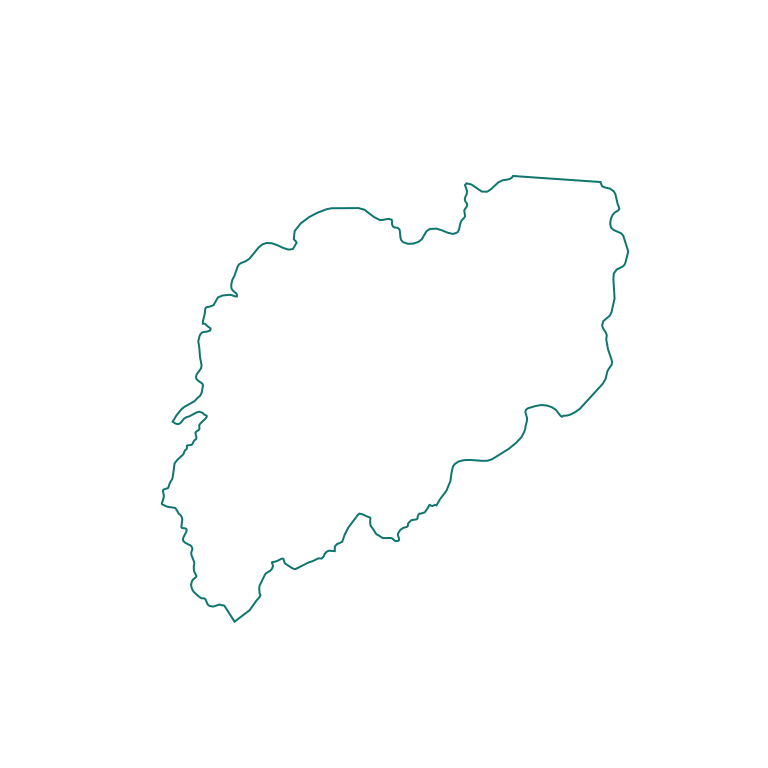 SVG path tracing the border of Northern Areas, rotated 298°
{"feature_id": "PAK-1111", "entity_name": "Northern Areas", "entity_type": "Centrally Administered Area", "adm_level": 1, "iso_a3": "PAK", "parent_name": "Pakistan", "parent_adm1": "", "projection": "albers", "projection_center": [74.17, 35.776], "detail": "fine", "context": "isolated", "style": "outline", "palette": "teal", "viewbox_px": 768, "rotation_deg": 298, "n_neighbors": 0, "source": "natural_earth", "source_scale": "10m", "svg_char_len": 6166}
<svg xmlns="http://www.w3.org/2000/svg" viewBox="0 0 768 768"><g transform="rotate(298 384 384)"><path d="M527.3,278.8L528.7,284.9L526.7,297.0L526.8,303.0L527.8,305.2L530.9,309.1L532.2,311.1L532.6,313.7L531.0,315.0L528.8,316.1L527.2,318.1L527.1,319.7L528.2,322.4L528.1,324.1L527.5,325.3L526.6,326.1L520.6,330.1L519.1,331.7L518.2,334.2L519.0,339.3L521.8,344.1L525.7,347.7L529.5,349.4L539.0,349.8L542.5,351.8L545.7,357.2L546.9,363.0L547.5,369.3L548.9,374.6L552.4,377.7L555.3,377.8L561.1,376.1L564.0,375.7L566.5,376.1L568.4,376.8L570.3,376.8L574.8,373.4L576.9,373.4L579.1,373.8L581.5,373.3L582.3,372.4L583.7,369.7L584.9,368.7L586.2,368.3L587.6,368.0L590.3,367.9L593.2,366.9L597.7,362.1L599.9,362.7L601.2,367.6L599.8,380.0L602.3,384.9L606.5,387.1L615.5,390.2L619.6,393.1L622.6,397.2L624.2,398.9L626.4,400.1L628.2,400.2L664.0,480.4L663.2,480.9L660.9,484.1L661.5,487.8L662.6,491.9L661.9,496.7L660.1,499.3L652.8,505.6L650.5,508.3L649.0,509.6L647.1,509.3L643.7,507.2L640.3,506.4L635.9,506.9L631.6,508.5L628.7,511.0L627.8,514.5L628.4,522.6L627.3,525.6L616.3,536.8L614.7,537.7L604.0,540.3L601.8,540.3L599.8,539.6L594.3,535.7L589.5,535.0L584.8,537.0L567.8,547.4L554.6,551.1L550.4,551.3L542.5,548.1L538.1,549.1L536.2,551.0L533.7,555.4L532.0,557.5L531.2,558.0L527.8,559.2L519.8,565.5L512.7,573.1L510.2,575.3L507.8,575.9L502.6,575.3L499.9,575.3L492.7,577.2L487.2,577.1L454.2,568.6L449.0,566.1L444.0,562.5L442.0,560.3L440.2,557.4L438.6,556.4L438.8,554.8L441.9,547.6L442.3,542.7L441.4,537.7L439.3,532.8L436.2,528.7L430.4,522.7L427.9,521.4L425.5,522.0L421.2,526.2L418.7,527.5L413.9,528.6L411.0,529.7L407.2,530.3L401.4,530.3L393.7,528.1L385.3,524.6L368.1,514.6L364.7,511.2L362.1,506.4L357.2,495.3L354.1,490.1L350.6,486.2L346.6,484.1L343.5,483.6L337.0,485.4L329.5,488.2L319.4,489.2L307.9,487.5L301.5,487.3L301.4,486.4L301.3,486.1L300.8,485.5L299.1,484.0L298.7,483.2L298.6,482.6L298.9,481.4L298.6,481.1L298.2,480.8L295.9,480.9L290.6,480.4L289.9,480.1L289.2,479.7L286.8,477.3L286.5,476.8L286.4,476.4L285.9,476.0L285.1,475.8L283.1,475.9L282.1,476.2L281.2,476.7L280.3,476.5L279.7,476.2L276.7,472.2L273.5,471.0L272.1,470.8L269.9,471.6L269.2,471.6L268.6,471.3L266.2,468.7L263.9,467.4L262.5,466.9L261.4,466.7L258.4,466.6L258.0,466.7L257.1,467.2L254.6,469.8L254.1,470.2L253.3,470.5L252.9,470.5L252.3,470.2L251.6,469.5L250.8,468.1L250.7,467.3L250.8,466.8L251.1,466.0L251.4,463.6L251.4,463.0L251.2,462.2L247.6,455.7L247.4,455.2L247.4,454.1L247.9,449.9L247.7,448.5L247.8,448.0L248.3,446.7L251.1,441.9L252.4,438.9L254.3,437.4L257.4,435.7L258.6,435.2L259.1,434.9L259.5,434.5L259.5,434.1L259.2,432.4L258.8,426.1L258.7,425.6L258.0,423.1L256.3,422.4L240.4,419.9L232.6,420.0L225.1,421.2L220.3,417.5L217.4,416.9L213.3,419.0L211.8,415.6L211.2,414.0L210.0,412.8L209.0,412.2L208.0,411.8L206.6,411.5L205.9,411.4L203.5,411.7L201.2,411.1L200.8,410.9L200.4,410.6L199.8,408.9L199.5,408.3L198.7,407.5L194.0,404.1L191.1,401.2L179.8,393.3L179.0,392.5L178.6,391.8L178.4,391.0L178.3,388.8L179.1,381.0L179.2,380.5L179.6,380.1L181.9,377.8L182.3,377.2L182.3,376.7L182.1,376.2L181.7,375.6L178.1,373.1L176.7,371.9L175.0,370.0L174.5,369.1L174.3,368.9L173.9,368.8L173.3,369.2L172.3,370.5L171.3,371.3L170.7,371.6L169.9,371.7L168.6,371.8L167.3,371.7L165.4,371.0L164.5,370.5L163.5,369.8L161.7,368.9L160.7,368.5L159.9,368.4L147.7,368.8L145.7,369.4L141.0,372.2L139.5,374.1L137.8,374.2L132.6,373.0L121.1,371.5L104.0,363.6L113.2,347.3L113.3,346.8L112.3,343.9L112.2,342.7L111.4,341.6L107.6,338.1L107.0,337.0L106.9,336.5L106.4,335.3L106.2,334.3L106.2,333.5L106.5,332.1L106.9,331.4L110.1,327.4L110.3,326.4L110.2,325.6L109.1,323.4L109.1,322.8L109.4,320.5L110.9,314.3L111.3,313.3L111.8,312.4L112.5,311.3L113.5,310.1L114.5,309.2L116.2,307.9L117.9,307.4L119.4,307.1L120.5,307.0L121.9,307.2L125.1,308.6L125.9,308.6L126.6,308.3L129.2,304.6L129.8,304.0L132.2,302.4L134.0,301.5L135.8,301.0L136.6,300.7L137.9,299.7L142.5,294.4L143.6,293.5L144.6,293.0L148.4,292.2L149.3,291.5L150.2,290.3L150.5,289.6L150.6,288.8L150.5,287.0L150.5,283.2L151.1,280.5L151.8,279.8L153.1,279.2L155.5,278.8L159.1,278.9L162.2,278.5L162.7,278.2L163.1,277.7L163.2,276.6L163.1,275.8L162.1,273.5L162.1,272.9L162.5,272.4L163.3,271.9L169.7,269.5L171.3,268.2L172.3,266.8L172.7,265.7L173.1,263.8L173.5,263.1L175.1,260.6L176.2,258.6L176.4,258.1L176.4,257.7L176.1,256.4L174.2,251.3L173.8,249.4L173.7,246.1L173.6,244.7L173.8,244.2L174.4,243.8L176.7,243.5L180.8,242.6L182.2,241.9L185.8,239.1L186.4,238.8L187.1,238.9L188.3,239.8L190.3,241.8L190.9,242.2L191.4,242.2L194.5,241.6L197.8,241.4L199.9,241.6L200.9,241.6L203.1,241.0L215.5,236.4L217.2,236.6L220.1,237.2L227.4,239.7L228.1,239.8L230.7,239.5L232.2,239.5L232.7,239.7L233.6,240.2L234.3,240.2L235.0,240.0L236.7,239.1L237.3,239.1L237.7,239.5L238.8,241.2L239.5,242.1L240.0,242.6L240.5,242.9L241.3,243.0L244.5,242.9L245.4,243.1L246.7,243.8L247.4,243.9L248.0,243.8L249.4,243.0L251.8,240.8L252.6,240.4L253.5,240.5L254.4,240.9L256.8,242.1L257.5,242.1L258.2,241.9L260.6,240.3L261.0,240.2L262.4,240.3L266.2,241.4L268.7,242.4L271.1,242.9L271.8,242.9L272.6,242.5L272.8,241.6L272.6,239.5L272.8,238.9L273.3,237.5L273.3,236.8L272.8,233.9L272.0,233.0L270.6,231.7L263.8,227.1L262.1,225.2L260.4,224.2L259.1,223.6L254.7,222.8L253.7,222.5L252.5,221.6L251.8,220.8L251.5,220.1L251.2,218.2L251.5,215.1L258.9,215.5L266.4,216.9L270.1,218.5L280.0,224.8L283.6,225.7L287.2,227.1L290.7,227.1L297.9,224.8L299.1,223.3L299.7,218.1L300.5,215.9L302.2,214.6L304.2,214.1L312.1,215.1L315.1,214.0L321.0,209.2L331.1,202.7L334.2,200.1L339.2,198.7L341.8,198.5L344.2,199.3L345.1,200.1L347.3,203.3L349.7,205.4L351.6,204.8L352.4,200.0L352.9,198.9L353.0,197.8L352.8,196.7L352.2,195.8L354.5,194.6L362.3,192.6L366.7,190.8L368.5,191.2L370.3,193.6L373.6,196.5L382.4,196.7L386.3,199.8L389.8,205.1L390.8,207.0L391.5,211.6L392.2,213.0L393.8,212.3L394.6,210.9L395.6,206.5L396.8,204.5L398.5,203.3L400.6,202.3L404.8,201.2L409.3,201.1L419.7,199.6L421.9,200.0L423.7,201.0L427.1,204.0L431.3,206.3L445.6,209.2L450.3,211.1L453.5,214.3L455.6,218.9L456.5,224.7L456.8,230.9L457.8,236.6L460.4,240.2L467.8,240.5L468.5,239.4L468.9,237.8L469.6,236.3L477.1,233.3L486.8,235.1L496.5,239.7L504.1,244.9L511.4,251.3L514.5,255.1L527.3,278.8Z" fill="none" stroke="#0f766e" stroke-width="2"/></g></svg>